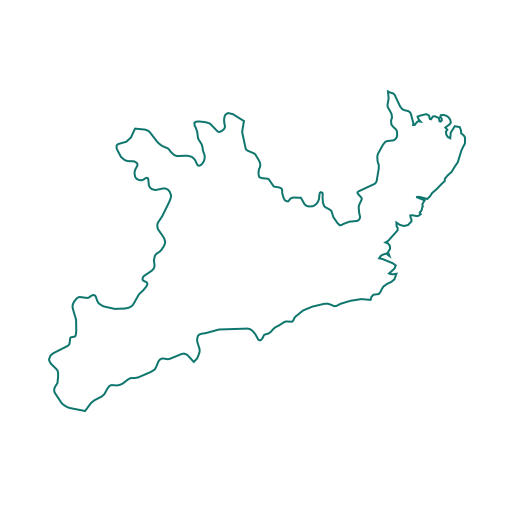 map outline of P'yŏngan-namdo (Albers equal-area conic projection), rotated 193°
{"feature_id": "PRK-3313", "entity_name": "P'yŏngan-namdo", "entity_type": "Province", "adm_level": 1, "iso_a3": "PRK", "parent_name": "North Korea", "parent_adm1": "", "projection": "albers", "projection_center": [126.179, 39.498], "detail": "fine", "context": "isolated", "style": "outline", "palette": "teal", "viewbox_px": 512, "rotation_deg": 193, "n_neighbors": 0, "source": "natural_earth", "source_scale": "10m", "svg_char_len": 6113}
<svg xmlns="http://www.w3.org/2000/svg" viewBox="0 0 512 512"><g transform="rotate(193 256 256)"><path d="M164.4,446.0L162.6,445.5L159.0,445.3L157.2,444.3L149.2,434.1L146.4,431.9L144.1,431.5L139.9,431.4L137.8,430.3L136.8,428.8L132.3,420.3L132.4,419.0L130.8,419.4L129.6,422.2L128.3,423.8L125.9,424.0L127.5,425.1L128.8,426.5L129.9,428.2L127.3,429.9L122.0,432.5L119.1,431.8L117.4,428.6L116.2,428.6L115.1,431.6L113.4,432.4L108.8,431.6L108.0,429.6L107.4,428.5L106.4,428.5L105.5,429.8L105.8,431.3L107.7,433.2L107.6,434.7L105.1,435.6L102.2,435.5L99.5,434.4L97.3,432.3L96.2,429.8L96.9,427.9L100.4,423.8L98.0,422.1L98.9,419.9L98.0,417.3L95.9,415.1L93.2,414.4L94.0,419.9L91.5,427.2L86.5,427.4L84.5,424.5L83.7,421.7L81.0,420.4L79.0,418.6L77.7,412.6L78.8,408.8L79.6,405.0L80.5,392.7L82.6,387.3L84.3,382.0L87.4,377.6L89.3,373.8L89.0,371.4L91.4,367.9L95.2,361.5L98.5,357.1L99.9,353.3L101.9,350.1L109.8,350.4L113.2,349.6L104.2,348.1L105.4,344.7L105.4,343.2L104.6,341.9L105.0,340.4L104.9,338.5L105.2,336.9L106.0,335.9L106.2,335.0L104.9,333.9L106.6,331.8L108.4,331.0L112.8,330.9L114.8,330.2L114.2,328.6L112.8,326.6L112.3,324.7L114.9,320.3L118.7,318.5L122.9,318.7L126.7,320.2L125.7,316.7L124.2,315.0L123.8,312.9L130.6,300.5L132.9,298.3L130.1,297.9L127.9,296.1L127.0,293.1L128.3,289.1L127.5,288.4L125.9,286.0L128.4,287.0L129.4,287.8L133.1,285.6L134.6,283.9L135.5,281.5L131.9,281.5L121.1,279.7L117.7,278.2L118.2,275.0L122.4,268.9L120.5,268.7L118.6,268.9L115.2,270.3L115.9,264.4L118.4,261.1L121.8,258.5L124.9,255.0L125.9,252.3L126.6,249.2L127.8,246.6L132.8,244.7L134.3,242.3L134.5,239.0L143.7,237.7L153.9,233.6L162.8,228.5L166.3,225.5L167.7,224.9L169.1,224.8L172.7,225.5L175.8,225.6L178.9,224.7L189.6,219.4L197.8,213.6L203.7,206.1L204.5,204.6L205.3,201.2L206.3,200.0L211.9,199.0L213.4,198.2L217.8,193.7L221.2,190.8L222.6,188.9L224.6,185.3L226.6,183.1L229.0,181.9L230.4,180.8L231.2,177.3L231.8,176.0L233.0,174.7L234.0,174.7L235.0,175.1L239.2,179.8L242.6,182.3L245.1,183.3L247.8,183.4L275.4,176.1L287.7,169.5L291.6,168.0L293.4,166.8L294.4,165.6L294.7,164.3L294.6,161.5L294.3,160.2L293.7,158.8L290.0,152.5L289.4,149.9L289.6,147.2L290.3,143.0L292.8,138.8L300.4,144.0L301.6,144.4L304.3,144.7L306.4,143.8L316.7,136.5L318.6,135.6L323.8,135.2L325.1,134.6L326.4,133.4L327.4,131.1L328.4,125.0L329.2,122.5L332.6,119.2L343.5,111.2L346.6,109.8L350.5,108.9L351.8,108.0L353.2,106.6L357.1,101.8L359.4,100.0L362.2,98.6L367.5,97.8L368.9,97.0L370.1,95.5L371.2,92.5L372.6,87.4L374.7,84.4L381.2,78.9L383.7,75.6L387.7,66.5L403.6,66.0L405.9,66.3L409.1,67.3L411.5,68.4L412.9,69.5L421.3,77.5L422.2,78.9L422.7,81.2L422.3,83.6L421.4,86.0L420.9,87.7L421.7,94.1L422.5,97.4L423.5,99.6L425.2,101.0L431.7,105.0L433.3,106.7L434.3,108.3L434.3,109.7L433.9,112.3L433.4,113.5L431.6,115.7L419.1,126.2L418.4,127.2L418.0,128.5L418.1,130.2L418.6,134.0L418.0,135.2L414.6,136.6L413.9,137.6L413.9,140.1L414.4,143.1L416.6,152.0L417.3,154.0L422.6,163.4L423.4,165.5L423.6,167.8L423.0,170.6L421.4,173.9L420.6,175.0L419.6,175.9L418.5,176.4L411.5,177.1L410.2,177.4L409.2,178.2L407.7,180.1L405.6,181.5L403.8,181.2L403.0,180.4L400.7,176.7L398.8,174.6L395.5,173.2L392.8,172.6L381.7,172.7L372.0,175.3L368.5,176.9L366.3,178.7L365.2,180.2L364.4,182.2L361.6,191.8L361.0,193.0L358.1,197.3L355.8,202.1L355.5,203.9L356.0,205.3L357.0,205.9L360.5,206.7L361.1,207.3L361.5,208.8L361.3,210.0L360.9,211.0L354.2,218.3L352.9,220.6L352.6,222.3L352.7,223.8L354.5,228.9L354.6,233.1L354.1,234.8L353.1,236.2L350.7,238.7L349.5,240.8L348.0,244.9L347.6,247.3L347.6,249.1L348.8,251.5L350.6,253.8L357.3,259.8L358.3,261.3L359.1,263.7L359.2,265.4L358.9,266.8L356.3,273.8L352.8,288.7L352.2,292.5L352.2,295.2L352.7,296.5L354.3,298.9L356.6,300.8L359.2,301.4L361.3,301.1L368.2,297.9L369.5,297.6L372.0,297.7L373.4,298.1L374.7,298.9L376.3,300.8L378.3,306.7L379.1,307.6L380.1,307.6L381.1,307.0L383.0,305.0L384.1,304.2L386.7,303.7L389.3,304.2L390.4,304.8L391.5,305.9L392.3,307.5L393.1,309.8L393.2,311.5L393.1,313.1L391.9,317.5L392.2,318.8L393.0,319.8L395.5,320.7L396.8,320.7L401.8,319.7L404.3,319.7L406.1,320.2L409.9,322.2L415.5,328.7L416.2,330.1L416.6,332.1L416.2,333.2L415.2,334.2L408.0,338.2L404.5,343.4L402.5,352.9L392.7,354.2L388.9,353.7L386.5,352.1L377.4,344.6L374.7,343.2L372.2,342.1L366.6,341.1L365.4,340.7L361.5,337.6L358.1,335.9L355.4,335.6L347.0,337.9L344.4,338.3L341.6,338.2L340.2,337.9L337.7,336.4L336.6,335.4L333.9,331.9L332.7,331.1L331.3,331.3L329.6,332.9L328.4,335.7L328.0,337.6L328.0,339.3L328.5,341.9L329.0,343.0L331.3,346.6L332.8,350.3L334.1,352.6L338.2,356.7L339.0,357.8L341.2,363.7L343.4,367.3L344.8,368.8L345.4,370.0L346.0,372.1L344.7,373.3L342.2,374.2L335.8,375.0L332.7,374.9L330.5,374.6L321.7,368.9L320.5,368.5L319.2,368.8L317.8,369.8L315.7,372.5L315.3,374.3L315.5,375.8L316.6,377.9L317.4,380.2L317.8,382.1L318.0,384.5L317.7,386.1L317.3,387.1L315.4,389.0L310.5,389.0L298.1,384.8L297.6,375.9L297.2,373.2L290.5,358.9L289.7,357.6L288.0,356.8L280.5,355.4L279.4,354.7L275.0,350.2L273.0,347.6L272.3,345.5L272.1,343.4L272.6,341.2L272.4,338.4L271.6,335.4L270.4,333.5L267.7,333.2L262.4,333.9L261.0,333.8L254.3,327.7L248.4,328.0L246.3,327.4L245.5,326.5L244.6,323.2L242.2,318.8L240.4,316.8L238.0,316.2L236.7,316.7L235.6,319.3L234.1,320.7L232.2,321.5L225.3,322.8L220.3,317.3L218.9,316.6L217.7,316.2L216.0,316.1L211.9,317.2L210.0,318.9L208.9,320.4L207.9,322.5L207.4,325.6L208.0,330.0L208.0,331.9L207.3,332.7L205.7,332.6L205.3,332.3L204.9,331.2L204.3,328.0L202.8,323.1L201.1,320.4L199.9,319.3L194.6,317.8L192.9,317.0L191.8,315.5L189.4,311.3L184.0,306.4L181.3,304.8L179.8,305.3L177.9,307.0L172.6,310.5L165.3,312.9L163.8,314.5L163.5,315.2L163.3,317.4L165.0,320.8L166.7,325.8L167.0,327.3L166.9,329.4L165.8,334.7L165.8,335.6L166.4,336.5L171.0,339.8L171.3,340.3L171.3,341.1L170.4,342.2L156.6,353.0L155.6,354.7L155.3,356.6L156.1,369.1L156.9,372.5L158.2,374.3L159.1,376.4L160.2,380.3L160.2,382.8L157.3,393.0L155.6,396.5L153.7,397.6L148.3,399.5L147.3,400.2L146.0,402.1L145.6,403.6L145.6,405.3L146.6,409.0L147.5,410.2L148.7,411.2L150.9,412.4L153.6,414.4L154.9,418.5L154.6,421.4L155.8,424.7L157.8,427.2L161.0,430.6L161.6,431.8L161.9,433.5L162.2,439.4L164.4,446.0Z" fill="none" stroke="#0f766e" stroke-width="2"/></g></svg>